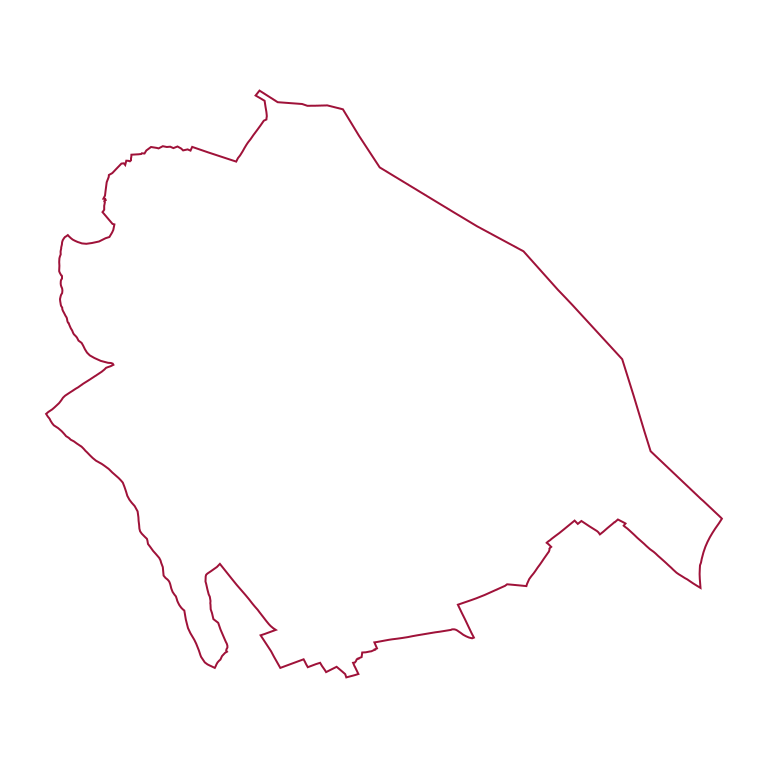 outline of Hemeius, Bacau, Romania
{"feature_id": "2599482B10369787235709", "entity_name": "Hemeius", "entity_type": "district", "adm_level": 2, "iso_a3": "ROU", "parent_name": "Romania", "parent_adm1": "Bacau", "projection": "natural_earth1", "projection_center": [26.841, 46.628], "detail": "fine", "context": "isolated", "style": "outline", "palette": "rose", "viewbox_px": 768, "rotation_deg": 0, "n_neighbors": 0, "source": "geoboundaries", "source_scale": "gbopen_adm2", "svg_char_len": 6000}
<svg xmlns="http://www.w3.org/2000/svg" viewBox="0 0 768 768"><path d="M302.1,104.0L277.7,102.2L259.5,90.6L255.6,95.5L264.6,100.8L265.5,106.7L266.4,112.0L266.7,114.8L266.8,116.3L266.5,118.2L266.4,119.5L263.8,120.7L260.7,125.2L256.9,130.4L253.3,135.2L250.7,139.0L248.1,142.3L246.6,144.5L244.5,148.0L242.6,151.4L240.1,155.4L237.9,158.2L236.2,161.6L208.2,152.4L192.2,146.9L190.5,150.6L187.6,149.4L183.1,150.4L181.1,148.5L177.5,146.5L173.4,148.1L170.2,146.7L166.8,147.0L162.8,146.2L158.6,148.4L156.7,147.9L151.0,147.0L146.3,150.5L144.5,153.5L141.8,153.3L141.2,154.0L138.4,154.3L131.4,154.7L131.3,157.0L131.0,158.1L131.0,160.3L129.9,161.3L128.3,160.8L126.3,160.7L125.2,165.0L123.8,163.3L121.4,163.6L116.2,169.0L112.3,173.1L108.9,175.0L108.7,177.0L106.7,182.2L105.5,191.4L105.0,195.6L103.4,198.7L105.2,198.9L105.7,200.1L104.5,200.7L104.3,201.5L104.9,202.1L104.7,203.2L104.4,204.9L104.2,205.7L104.2,207.7L104.2,209.7L103.3,211.1L102.5,212.1L112.5,223.9L114.4,224.4L113.3,229.9L112.1,232.5L109.4,237.0L105.6,238.2L99.0,241.5L92.0,243.0L86.3,243.8L81.9,243.4L79.3,242.5L77.7,242.0L75.0,240.8L72.7,239.6L70.8,238.1L68.9,236.3L67.8,235.1L66.2,236.3L65.0,237.0L64.0,238.2L62.7,240.3L62.1,242.3L61.9,244.6L61.2,247.4L61.2,248.3L60.6,251.3L60.6,252.5L60.7,254.4L59.9,256.5L59.4,258.4L59.2,262.1L59.4,265.8L59.2,270.2L59.2,271.3L59.8,272.8L60.7,274.4L61.2,275.3L61.8,275.6L62.0,276.5L62.0,278.6L61.2,279.7L60.8,281.0L60.7,283.6L60.9,285.3L61.6,287.3L62.1,288.3L62.4,290.3L62.3,291.8L62.1,293.2L61.2,294.6L60.7,296.0L60.0,299.1L60.2,301.2L60.6,303.5L60.8,304.9L61.2,306.1L62.2,307.6L62.3,309.2L62.9,310.8L64.2,313.2L65.4,315.6L66.6,317.5L66.9,318.5L67.0,318.9L67.4,321.1L68.0,322.7L68.7,323.1L69.1,324.4L70.0,326.5L70.8,328.3L72.2,330.6L73.1,332.9L73.9,334.3L75.8,336.2L76.9,337.5L78.5,340.6L81.6,342.9L83.1,345.5L84.9,349.2L87.0,352.6L89.8,355.4L94.4,358.0L100.8,360.9L108.0,362.8L110.9,363.0L112.7,363.6L113.4,364.8L110.6,366.2L108.0,367.1L106.1,367.8L104.3,369.6L101.6,371.8L88.8,380.2L83.2,383.7L78.0,387.4L75.9,388.6L69.0,393.1L65.1,395.7L63.0,397.7L61.2,400.4L59.1,403.1L54.4,407.5L52.2,409.4L48.4,411.9L46.1,413.9L47.9,416.7L49.5,418.6L50.6,420.8L52.1,423.2L53.8,425.3L58.1,428.1L61.6,431.1L63.1,432.7L64.8,434.6L66.1,436.2L67.6,437.1L68.8,437.9L69.7,438.7L70.7,439.7L73.8,441.3L76.8,443.5L81.7,446.8L83.7,448.8L85.6,451.0L86.4,451.7L87.6,452.9L90.0,455.4L92.7,458.0L96.0,460.7L101.9,464.0L104.2,465.6L108.8,469.0L112.2,472.4L117.9,477.4L118.7,478.1L121.0,480.5L122.8,482.6L124.4,486.7L125.6,490.2L126.3,492.4L127.3,495.8L129.4,499.7L131.6,502.6L134.7,506.1L137.6,511.4L138.4,517.2L138.6,520.8L139.1,524.8L139.4,528.6L140.1,531.3L141.7,533.6L144.8,536.8L146.9,538.8L147.4,540.5L148.0,544.0L150.3,547.0L153.1,550.9L155.7,553.8L159.2,557.9L160.5,560.4L161.2,562.9L162.8,567.1L163.6,575.6L165.5,577.9L167.6,579.6L168.9,581.1L169.5,582.2L170.2,584.1L171.3,588.5L172.6,591.9L174.5,594.7L175.9,596.4L176.7,598.8L177.3,600.9L178.1,602.7L179.4,605.2L181.3,607.8L183.1,609.6L184.3,610.5L185.8,619.4L186.9,623.8L188.0,628.1L190.4,633.2L194.3,639.8L196.2,643.7L198.9,650.5L200.4,655.1L201.1,656.9L204.8,662.4L207.5,664.4L210.1,665.7L210.6,665.9L214.8,667.9L215.5,666.6L216.4,664.5L217.5,662.5L219.1,660.7L220.4,659.6L222.0,656.1L225.1,652.8L227.0,651.7L226.2,650.7L226.5,649.2L227.4,647.6L227.4,645.8L226.8,643.7L225.8,641.8L224.2,638.1L220.5,629.5L218.2,622.8L213.4,619.1L212.0,613.1L210.7,609.3L210.5,604.6L210.3,603.3L210.5,601.0L209.8,596.7L208.7,594.4L207.4,589.4L206.1,583.6L205.5,581.6L205.7,576.3L206.2,574.7L207.5,573.5L210.8,571.3L213.9,569.1L216.9,567.0L219.9,563.9L231.7,578.7L236.8,585.0L245.3,594.8L248.8,599.0L252.3,603.5L254.7,606.4L257.7,609.8L259.4,612.1L266.2,620.9L268.9,624.2L270.6,626.0L273.1,628.1L275.8,629.9L264.6,634.0L260.6,635.3L271.1,651.3L273.9,656.6L280.3,667.9L303.6,659.3L305.1,662.1L306.0,664.0L307.8,667.2L310.7,666.1L316.0,664.1L320.1,662.8L322.0,666.0L324.9,670.1L326.1,672.1L336.6,666.8L341.6,671.0L345.2,674.1L346.3,677.4L354.9,675.1L358.4,674.0L354.8,666.6L354.6,666.4L353.1,662.8L354.9,662.5L356.1,660.9L356.4,660.1L356.7,659.4L358.3,658.8L358.1,658.5L361.6,657.1L362.0,654.3L362.2,652.5L365.8,652.3L369.8,651.5L371.3,651.3L373.5,650.3L374.9,649.8L374.7,649.4L375.7,649.0L377.0,648.4L374.4,642.4L377.0,642.0L384.5,640.6L388.9,639.8L392.2,639.3L397.1,638.7L402.1,638.0L407.8,637.1L412.3,636.2L417.3,635.3L435.3,632.3L439.8,631.7L450.9,629.9L452.0,629.4L452.8,629.3L454.1,629.3L455.7,629.7L457.1,630.4L459.1,631.8L460.6,632.8L463.3,634.8L466.1,636.3L468.9,637.5L472.1,638.3L473.9,637.6L471.5,633.0L464.9,619.1L461.8,612.9L458.5,606.0L457.9,604.7L471.0,600.2L476.3,598.3L484.6,595.0L505.1,585.8L507.1,584.3L511.8,584.7L520.4,585.5L526.4,586.1L527.0,584.0L529.2,579.1L531.3,576.2L533.6,573.4L535.2,571.2L537.7,567.5L540.0,564.4L541.8,561.8L543.8,558.8L548.3,552.4L548.9,551.6L549.5,549.8L549.4,548.7L550.0,547.9L551.2,546.9L548.5,544.2L546.7,542.8L547.5,542.0L548.7,541.1L550.2,540.1L551.4,539.0L552.7,538.0L555.2,536.1L559.4,533.0L564.1,529.2L574.6,520.6L577.8,523.9L581.4,521.0L585.2,523.5L589.4,526.3L596.9,531.0L598.3,532.2L599.9,534.4L603.3,531.7L607.4,528.1L610.4,525.6L612.5,523.9L614.4,522.2L614.7,522.3L617.9,519.5L623.7,522.5L625.2,523.3L625.5,523.5L624.7,524.4L624.3,525.0L623.7,525.7L624.6,526.5L627.3,528.5L629.2,530.2L634.2,534.8L637.4,537.9L644.1,543.8L646.5,546.1L650.0,549.2L653.6,551.8L655.6,553.5L658.0,555.8L660.5,558.0L664.1,561.2L666.3,563.2L668.2,565.0L671.4,567.9L673.1,569.6L676.5,572.7L678.8,574.3L681.9,576.2L684.9,578.1L687.3,579.4L689.6,581.0L693.0,583.3L697.0,585.8L700.5,587.9L699.8,578.9L699.6,574.0L699.8,568.9L700.0,565.3L701.0,562.6L701.7,559.0L702.7,555.2L703.5,552.2L705.4,546.7L707.5,541.9L709.9,537.2L712.5,532.8L715.2,528.6L719.0,523.2L721.9,518.7L721.2,517.9L703.2,500.9L701.0,499.0L650.6,451.2L644.5,431.7L633.7,395.9L622.2,359.2L572.4,305.0L563.0,295.1L557.9,289.8L523.5,251.3L477.1,226.3L453.9,212.4L379.7,167.4L359.0,135.8L342.9,109.3L327.3,105.4L316.0,105.7L307.4,105.8L302.1,104.0Z" fill="none" stroke="#9f1239" stroke-width="2"/></svg>